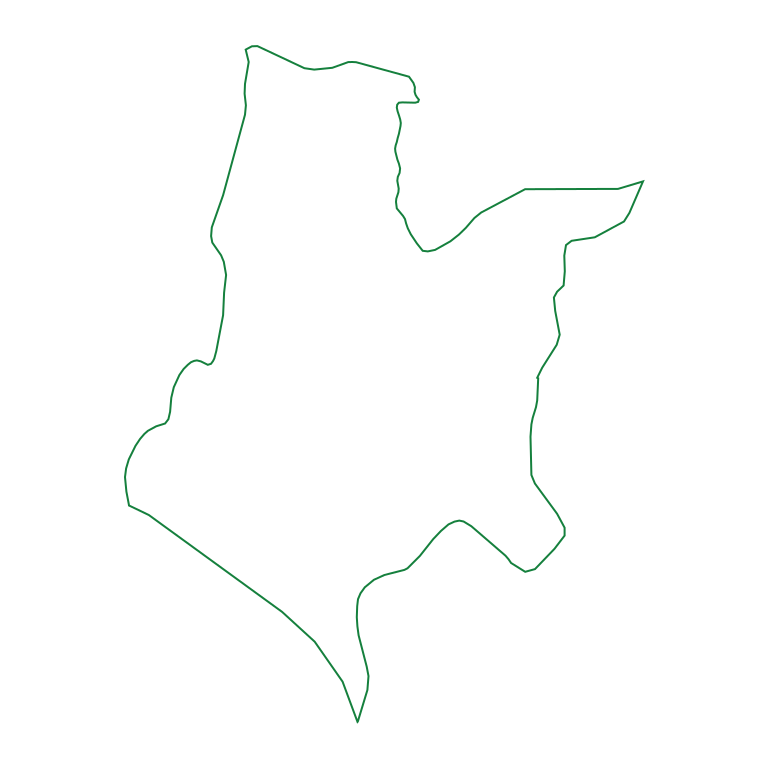 Bomi, Equal Earth projection
{"feature_id": "LBR-783", "entity_name": "Bomi", "entity_type": "County", "adm_level": 1, "iso_a3": "LBR", "parent_name": "Liberia", "parent_adm1": "", "projection": "equal_earth", "projection_center": [-10.785, 6.699], "detail": "fine", "context": "isolated", "style": "outline", "palette": "green", "viewbox_px": 768, "rotation_deg": 0, "n_neighbors": 0, "source": "natural_earth", "source_scale": "10m", "svg_char_len": 2112}
<svg xmlns="http://www.w3.org/2000/svg" viewBox="0 0 768 768"><path d="M357.5,721.9L342.6,681.7L314.7,641.7L282.1,611.9L148.8,515.0L129.0,505.5L129.0,505.3L126.4,491.6L125.0,477.1L126.1,468.5L128.8,459.4L135.5,445.8L140.1,438.9L144.3,434.0L147.9,430.8L156.2,426.3L165.1,423.5L168.4,419.2L170.1,411.8L171.3,397.7L173.8,387.2L179.4,375.0L183.6,369.0L187.8,364.8L191.0,362.2L194.1,360.9L196.9,360.4L200.9,361.4L207.8,364.8L211.0,363.8L213.0,361.1L214.3,358.5L216.3,351.0L223.1,315.2L224.1,292.6L226.1,275.0L223.8,261.8L221.1,255.3L212.3,242.6L211.1,236.1L211.8,227.4L223.1,195.2L245.0,114.7L245.9,105.3L244.6,93.7L245.0,83.9L248.7,62.0L245.7,49.6L251.9,46.3L257.4,46.1L304.4,68.2L314.2,69.6L332.3,67.8L348.2,62.1L352.3,62.0L356.1,62.2L409.0,76.7L413.4,82.9L414.9,87.2L414.6,91.8L415.5,94.8L416.9,97.2L418.9,99.7L418.1,101.9L415.2,102.7L402.3,102.4L398.9,102.7L397.2,104.7L396.8,107.6L397.6,111.3L399.1,115.8L400.2,119.5L400.8,123.0L400.5,126.0L398.9,133.9L397.7,138.0L396.8,142.0L395.7,145.3L395.1,148.6L395.4,151.7L397.4,159.6L398.9,163.6L400.1,168.4L399.6,172.9L397.8,176.9L397.3,180.8L398.7,188.6L398.4,192.2L396.3,198.7L396.0,201.9L396.8,208.4L403.1,216.0L405.0,219.1L406.1,223.4L407.8,228.3L410.8,234.3L416.8,243.3L422.7,250.8L427.8,251.4L435.1,249.9L450.4,241.3L458.9,234.6L465.8,227.9L474.4,218.0L481.2,212.5L525.1,189.2L618.0,188.9L643.0,181.4L629.4,212.9L624.0,221.5L612.1,227.9L611.4,228.3L594.8,237.3L571.6,240.8L566.0,245.1L564.3,255.6L564.8,271.3L563.6,285.5L557.1,291.7L553.9,297.5L555.2,310.9L559.7,334.7L556.7,344.8L542.2,367.7L537.2,377.8L538.2,378.3L537.2,400.5L536.0,407.1L532.7,417.9L531.4,424.4L530.5,436.7L531.4,475.0L534.9,483.5L557.1,513.8L564.6,527.7L564.6,535.6L554.5,548.8L535.0,569.1L525.2,571.8L511.1,563.0L508.5,559.2L505.5,555.7L471.3,526.2L463.6,521.5L459.3,520.6L454.5,521.6L448.5,524.4L440.9,531.0L433.2,539.1L419.9,555.9L407.5,568.3L404.4,569.9L384.4,575.0L373.9,579.8L364.8,587.3L360.5,593.3L358.0,599.2L357.2,606.2L356.8,617.2L357.4,626.3L358.6,635.3L366.7,666.6L368.5,676.1L367.4,690.0L358.0,721.0L357.7,721.7L357.5,721.9Z" fill="none" stroke="#15803d" stroke-width="2"/></svg>